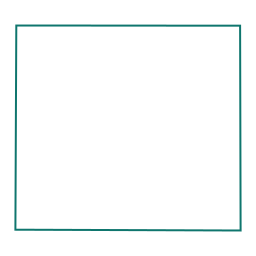 the district of Miner, South Dakota, United States of America
{"feature_id": "52423323B22522390065313", "entity_name": "Miner", "entity_type": "district", "adm_level": 2, "iso_a3": "USA", "parent_name": "United States of America", "parent_adm1": "South Dakota", "projection": "natural_earth1", "projection_center": [-97.65, 44.022], "detail": "fine", "context": "isolated", "style": "outline", "palette": "teal", "viewbox_px": 256, "rotation_deg": 0, "n_neighbors": 0, "source": "geoboundaries", "source_scale": "gbopen_adm2", "svg_char_len": 193}
<svg xmlns="http://www.w3.org/2000/svg" viewBox="0 0 256 256"><path d="M16.3,25.5L15.4,229.7L128.8,230.1L240.6,230.5L240.1,25.7L16.3,25.5Z" fill="none" stroke="#0f766e" stroke-width="2"/></svg>